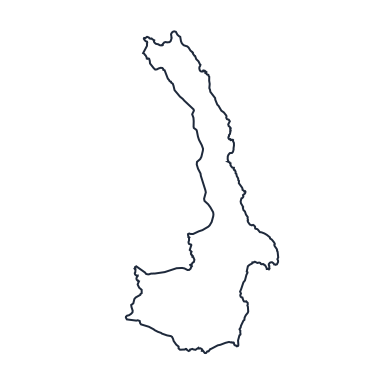 Majene, Sulawesi Barat, Indonesia (Mercator projection), rotated 174°
{"feature_id": "22746128B56869239776422", "entity_name": "Majene", "entity_type": "district", "adm_level": 2, "iso_a3": "IDN", "parent_name": "Indonesia", "parent_adm1": "Sulawesi Barat", "projection": "mercator", "projection_center": [118.905, -3.243], "detail": "fine", "context": "isolated", "style": "outline", "palette": "slate", "viewbox_px": 384, "rotation_deg": 174, "n_neighbors": 0, "source": "geoboundaries", "source_scale": "gbopen_adm2", "svg_char_len": 6053}
<svg xmlns="http://www.w3.org/2000/svg" viewBox="0 0 384 384"><g transform="rotate(174 192 192)"><path d="M236.7,54.3L231.8,52.0L228.1,50.9L227.0,50.0L226.2,47.9L225.8,45.7L223.6,41.8L221.5,39.7L221.7,37.8L220.4,36.4L215.5,36.1L214.8,36.6L214.1,36.5L213.3,35.3L211.9,34.2L210.8,34.6L210.4,35.5L208.0,35.9L207.1,35.3L205.0,34.7L201.8,36.4L201.4,35.5L200.0,35.7L198.6,34.7L198.1,33.7L198.6,33.7L198.8,33.0L197.5,32.8L196.2,30.6L195.5,30.4L194.7,30.5L193.6,31.8L192.6,32.0L192.2,31.8L190.2,33.9L189.9,33.8L182.4,36.8L179.7,37.1L174.4,38.5L170.9,39.0L168.7,38.2L168.2,38.4L167.6,37.9L166.8,38.1L166.2,37.8L165.9,35.7L165.1,34.9L164.4,34.8L163.8,34.0L163.4,34.2L162.8,33.9L162.2,34.2L161.9,34.9L161.7,39.6L159.8,44.5L158.9,45.0L158.6,45.6L158.7,47.6L158.4,49.0L159.1,50.4L158.9,50.9L157.8,52.1L157.3,53.8L154.3,58.7L153.3,59.3L152.8,61.6L151.4,63.8L149.2,66.0L148.6,67.2L148.4,72.0L148.8,73.4L148.3,74.3L148.2,75.9L149.6,77.7L150.4,77.4L151.8,77.8L152.4,79.2L152.9,81.8L153.9,82.1L154.6,82.9L154.8,84.4L153.9,85.9L154.6,87.9L153.4,90.0L150.3,96.8L148.6,98.5L146.5,104.0L145.3,105.8L145.2,106.4L145.9,107.1L144.2,112.3L142.5,113.5L139.8,114.6L139.3,115.7L138.1,115.4L137.6,115.9L136.8,116.1L134.4,114.6L132.7,114.8L132.1,114.6L131.5,114.3L131.0,113.2L130.0,112.8L128.9,113.0L128.3,112.7L128.1,112.2L127.0,111.5L125.8,108.9L125.7,107.6L124.2,107.5L123.6,107.0L122.9,107.7L123.1,109.2L122.8,110.3L123.2,110.8L123.2,112.2L122.0,113.5L121.0,113.8L119.8,113.8L118.4,112.6L117.8,111.3L116.6,111.2L116.4,110.9L115.1,111.2L113.7,113.4L113.6,114.9L114.1,116.3L113.1,117.9L113.1,123.6L113.6,124.7L113.4,125.3L113.7,126.5L115.4,129.5L115.7,130.8L115.1,131.5L115.1,132.0L115.9,133.7L117.6,136.3L119.2,137.6L119.3,138.8L122.0,141.5L124.3,143.2L127.0,144.6L128.7,145.0L130.5,147.8L131.1,148.3L132.8,148.9L133.0,149.3L132.9,151.0L133.9,152.3L134.7,152.9L136.0,152.6L137.9,153.6L139.4,156.3L139.7,157.6L139.2,158.2L139.5,159.7L139.2,161.2L140.7,163.9L141.4,167.1L142.7,168.6L143.1,171.1L142.7,171.7L144.5,175.7L144.6,177.6L143.5,180.5L142.5,180.8L141.6,181.7L141.4,182.0L141.6,183.6L139.7,184.8L139.1,185.6L138.8,186.7L139.0,187.2L140.0,187.1L140.2,187.8L141.5,188.8L141.5,190.3L141.8,191.2L144.5,195.9L144.1,198.1L144.7,198.8L144.7,200.7L145.8,203.2L146.0,205.4L146.7,206.1L146.5,207.5L147.0,209.1L147.6,209.2L148.1,210.0L147.8,211.7L149.3,212.0L150.0,212.9L150.9,214.5L150.7,216.5L151.3,216.7L151.5,217.5L153.1,218.4L152.6,218.5L153.1,220.9L152.7,223.7L151.9,225.2L150.4,226.7L148.1,226.7L147.0,227.8L146.2,229.9L146.1,231.2L145.4,233.9L145.2,236.4L145.9,238.4L145.7,239.4L146.0,239.7L148.2,239.5L148.5,240.0L148.1,240.4L148.3,240.6L149.6,240.7L150.1,241.7L150.1,242.7L149.3,243.8L149.3,244.7L148.3,245.6L147.7,247.3L147.7,248.6L147.1,248.9L147.5,250.8L147.4,251.1L146.9,251.1L146.8,251.4L147.8,253.0L148.6,253.7L148.9,255.5L147.0,258.4L147.9,260.1L149.6,260.8L150.2,262.3L149.8,263.6L149.9,264.4L152.0,267.8L154.3,269.8L156.6,274.9L157.7,276.2L159.2,281.4L159.2,283.0L163.3,289.7L163.4,291.7L163.9,293.5L163.1,297.6L163.3,300.8L162.8,304.8L163.5,306.1L163.5,306.8L165.0,307.5L165.4,308.6L166.3,308.9L166.3,310.1L165.6,310.2L166.7,311.3L168.1,311.7L168.5,311.3L168.4,310.8L169.0,310.7L170.3,310.9L171.1,311.5L171.6,312.5L171.8,314.0L171.6,315.4L170.8,316.4L170.3,317.6L170.7,318.0L171.9,321.3L173.9,323.7L174.7,326.9L175.3,327.2L176.4,329.1L176.7,330.0L176.5,330.3L177.1,331.3L177.4,331.3L178.8,332.9L180.3,336.0L181.5,337.3L184.7,338.7L185.7,339.7L186.6,341.1L187.2,343.1L187.5,347.6L188.6,348.3L190.1,350.0L191.3,353.0L192.8,353.6L193.9,353.5L195.0,352.9L196.1,351.6L196.4,350.6L196.2,349.0L196.4,348.1L196.1,347.4L197.4,344.4L198.7,343.4L201.1,343.4L202.5,343.9L203.9,343.7L205.5,342.3L205.7,341.2L206.3,341.0L206.5,341.4L207.4,341.1L208.3,341.2L209.2,341.6L209.8,342.3L212.5,343.2L213.6,344.4L214.1,345.4L214.1,346.2L213.7,346.8L215.7,348.2L215.9,348.7L216.5,349.0L217.5,348.8L218.3,349.3L218.6,350.0L220.1,350.9L220.6,351.0L222.2,350.0L223.5,350.2L223.9,349.4L223.3,348.2L222.3,346.8L221.0,346.2L220.9,345.2L221.4,344.0L221.3,343.1L221.6,341.9L226.1,335.2L225.0,334.4L224.4,333.2L223.8,332.6L222.8,329.8L223.0,329.4L222.6,329.1L221.1,329.3L220.7,328.9L220.3,326.9L220.3,324.2L217.1,319.1L215.8,317.6L214.2,317.6L212.2,318.4L210.1,318.8L208.5,318.4L207.8,317.5L207.8,316.5L206.5,315.9L204.2,307.3L203.2,305.9L202.7,304.7L202.0,304.1L201.4,303.9L201.3,303.0L199.8,301.7L199.3,299.7L198.7,295.1L194.0,288.1L191.5,285.6L190.1,283.6L181.8,274.0L181.6,272.7L183.7,269.3L182.8,265.7L182.9,262.3L183.6,256.8L183.5,255.5L181.1,253.3L180.8,252.2L180.3,246.6L179.6,243.2L177.4,237.6L176.5,233.8L176.9,231.9L179.0,226.0L180.4,223.9L183.9,221.4L184.4,218.9L183.6,214.6L181.6,209.5L181.5,207.1L178.5,192.3L178.3,190.2L180.7,184.0L180.5,181.8L177.2,178.1L175.3,174.8L173.1,169.7L173.0,167.6L173.4,165.7L175.6,160.1L177.9,157.0L179.4,155.8L185.6,153.0L189.3,152.2L195.4,150.1L198.2,150.5L199.1,151.0L200.4,150.5L200.4,148.7L200.1,148.2L200.3,147.5L199.4,147.0L199.8,146.4L200.0,144.2L200.7,142.6L200.7,141.7L200.3,140.6L198.4,139.8L198.2,139.3L200.3,134.6L198.7,132.6L199.5,131.5L199.4,130.0L198.8,129.7L198.7,128.8L197.9,128.2L198.3,127.4L197.5,127.0L196.7,124.4L197.4,122.3L198.8,121.6L200.0,119.9L200.9,119.9L201.4,119.7L201.2,119.2L200.2,118.9L199.8,118.3L200.8,117.2L201.4,115.9L203.0,114.8L204.6,114.9L207.5,116.8L209.8,117.5L215.3,117.8L227.5,115.2L237.2,114.8L241.3,115.1L243.6,114.6L245.2,114.9L246.3,115.4L247.1,116.8L255.2,123.9L256.5,123.2L256.5,122.5L257.2,121.9L257.0,121.5L256.3,121.5L256.3,120.8L256.8,118.1L257.4,117.3L257.3,116.2L256.9,115.5L255.6,114.5L254.7,114.6L254.7,114.2L255.8,113.1L256.3,111.9L256.2,110.7L255.2,109.3L254.8,109.4L254.7,109.0L254.1,108.7L255.7,105.9L255.5,105.0L254.5,102.3L252.3,100.0L252.6,96.7L254.0,95.8L254.2,95.1L259.0,93.0L260.5,91.6L262.0,87.4L264.3,86.0L264.2,83.9L263.4,80.1L263.8,78.5L265.3,77.2L267.6,76.0L269.5,75.8L270.7,74.9L270.9,74.0L270.1,72.1L260.8,69.9L259.4,70.1L257.5,69.2L257.3,67.1L256.6,65.7L249.0,62.5L244.4,59.4L243.7,58.6L240.5,56.5L237.5,55.1L236.7,54.3Z" fill="none" stroke="#1e293b" stroke-width="2"/></g></svg>